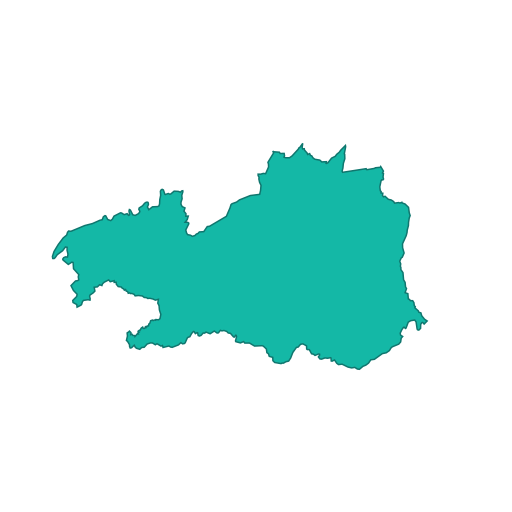 Celica, Loja, Ecuador (Equal Earth projection), rotated 27°
{"feature_id": "8360857B35359374832073", "entity_name": "Celica", "entity_type": "district", "adm_level": 2, "iso_a3": "ECU", "parent_name": "Ecuador", "parent_adm1": "Loja", "projection": "equal_earth", "projection_center": [-80.041, -4.165], "detail": "fine", "context": "isolated", "style": "filled", "palette": "teal", "viewbox_px": 512, "rotation_deg": 27, "n_neighbors": 0, "source": "geoboundaries", "source_scale": "gbopen_adm2", "svg_char_len": 6142}
<svg xmlns="http://www.w3.org/2000/svg" viewBox="0 0 512 512"><g transform="rotate(27 256 256)"><path d="M322.3,123.2L321.7,124.2L316.0,128.5L315.3,128.8L314.5,128.2L295.2,142.1L294.2,141.3L293.5,138.2L291.8,133.8L291.0,129.0L288.9,125.2L288.3,124.9L286.3,118.0L285.5,116.9L283.4,123.4L283.1,125.7L281.7,128.9L281.4,131.1L278.9,134.5L277.8,140.2L276.7,141.6L276.3,141.6L275.9,140.0L271.9,142.3L269.3,141.6L264.4,143.1L262.0,142.6L260.3,141.5L258.8,141.6L257.3,140.4L255.9,142.1L254.9,141.1L251.1,139.6L250.3,138.5L248.9,139.4L247.8,138.2L246.5,134.4L245.7,139.4L245.1,140.3L245.2,141.5L242.7,150.5L241.2,153.3L237.6,155.1L236.1,155.2L235.9,153.7L234.5,151.8L231.0,153.7L229.7,152.9L224.4,155.1L223.3,154.9L224.9,156.2L224.1,167.1L225.4,168.5L226.8,171.0L227.2,178.3L225.0,179.1L223.0,181.0L220.7,182.1L221.4,183.4L223.0,184.5L223.6,186.1L225.7,188.7L228.4,190.8L230.3,195.5L231.3,199.4L223.5,204.7L215.8,213.5L214.2,216.8L210.9,220.3L210.4,221.5L211.0,225.0L211.6,234.1L201.1,250.6L199.2,251.9L198.4,258.0L194.6,260.3L194.0,262.4L192.9,263.5L192.3,265.5L190.3,267.4L188.3,267.2L185.4,268.0L183.9,267.2L181.6,264.7L181.5,257.9L181.1,257.2L179.9,257.0L177.5,258.1L178.2,254.7L177.5,251.2L175.4,252.4L174.4,250.1L171.5,248.8L170.9,245.4L167.8,245.5L165.6,243.9L164.7,241.9L164.2,238.6L162.3,235.6L161.7,232.0L161.1,231.1L160.4,231.6L159.6,233.5L157.4,233.7L153.6,235.4L151.9,239.4L151.2,240.1L149.5,240.1L147.3,242.4L146.8,242.4L143.5,239.2L142.1,239.2L141.5,240.0L141.4,241.7L143.5,245.2L144.7,249.5L146.4,253.3L146.8,255.3L146.1,256.5L141.4,259.2L139.5,263.4L137.0,261.6L136.8,259.0L135.9,257.6L135.1,257.2L133.8,257.9L132.8,259.6L132.1,262.8L130.1,266.2L130.4,267.6L132.2,268.9L132.4,270.1L131.9,271.9L129.9,274.7L127.5,275.2L123.2,272.1L122.1,272.1L122.4,273.6L124.6,276.5L124.5,277.2L124.0,277.7L122.0,276.8L119.7,279.0L116.7,278.7L115.6,279.1L111.4,284.9L111.3,288.5L110.5,290.4L107.3,290.8L103.8,288.4L103.1,288.6L102.2,290.3L102.5,293.5L100.7,295.0L95.5,301.4L89.6,306.6L79.9,318.0L77.7,318.8L77.3,320.4L77.8,323.3L76.0,327.5L74.6,335.5L74.0,343.7L74.8,348.8L76.0,350.5L77.2,350.0L77.8,348.7L78.3,345.1L81.3,339.1L82.1,334.5L83.8,334.0L85.0,336.6L87.6,339.7L88.5,342.5L86.6,343.3L85.4,344.8L85.2,346.5L85.9,347.2L92.6,348.7L94.7,345.1L96.0,344.8L99.2,350.2L106.5,353.0L107.1,355.3L108.9,357.7L108.3,358.9L106.5,360.2L104.6,366.4L109.0,369.6L114.0,371.3L114.6,373.5L112.9,378.8L114.1,380.5L118.3,380.6L119.8,382.8L122.4,379.2L122.6,378.2L122.1,375.7L122.4,373.9L126.2,371.2L128.1,370.7L127.7,369.5L125.9,367.2L125.8,366.2L127.7,362.7L128.4,360.4L126.0,357.3L128.7,355.5L129.7,352.6L132.1,352.3L131.9,350.3L132.7,348.2L135.6,344.2L137.8,345.1L140.8,342.4L141.6,343.9L143.3,342.9L144.4,344.6L147.1,345.8L150.0,344.8L151.6,345.5L152.8,345.3L154.2,346.2L155.0,345.1L156.3,346.2L157.8,346.0L159.1,347.2L160.2,346.2L161.1,346.5L162.5,345.7L164.8,345.5L166.4,346.4L169.1,344.6L172.9,343.2L175.2,343.7L177.4,342.8L178.8,343.0L180.5,341.9L183.7,341.1L186.4,341.0L188.7,338.9L189.9,342.6L192.2,344.3L194.4,347.9L197.7,351.2L198.9,355.4L198.1,357.1L195.6,358.1L195.7,358.8L194.5,359.2L193.6,360.3L192.8,360.1L191.5,361.5L191.9,363.9L191.4,365.4L191.9,367.1L191.1,367.6L191.0,368.3L190.5,368.4L190.5,369.5L189.6,369.3L189.8,370.6L189.1,371.5L188.2,371.6L187.3,370.8L186.5,372.3L186.4,374.9L185.8,375.1L185.1,376.6L185.7,376.9L185.8,377.6L186.2,377.4L185.7,378.7L186.4,379.0L185.5,379.7L184.7,382.7L184.0,382.0L182.3,382.7L180.9,382.0L180.1,382.9L179.3,381.0L177.3,380.4L177.0,381.7L176.1,382.8L175.8,382.6L177.8,385.7L178.9,390.1L180.3,390.4L183.5,392.4L184.5,394.1L185.7,395.1L186.8,394.2L188.0,390.8L189.8,392.1L191.4,392.5L194.8,391.9L195.7,389.4L197.8,388.1L199.0,383.8L201.5,381.3L203.3,380.5L206.6,380.8L207.6,379.1L212.3,379.4L213.3,378.2L214.7,379.7L219.3,375.7L221.2,375.9L222.8,375.4L227.3,370.4L228.4,367.3L230.5,367.6L232.0,366.4L232.3,365.4L232.0,360.2L232.4,359.2L233.7,358.0L233.8,354.3L234.5,351.7L235.3,351.5L237.2,352.7L238.3,351.0L238.8,350.9L240.6,353.1L241.9,353.0L243.1,351.7L243.9,348.6L245.3,348.0L246.0,346.5L250.4,346.1L252.9,341.8L256.3,342.3L257.4,341.5L258.0,338.4L259.6,338.2L261.3,336.9L264.2,336.5L266.2,337.2L268.3,336.5L272.8,338.3L273.6,338.0L273.8,335.9L274.4,335.7L275.3,336.6L276.3,341.0L276.9,341.5L281.6,340.5L283.8,337.9L285.5,338.7L289.7,336.5L295.6,336.9L302.2,333.1L303.5,333.0L307.4,334.1L309.6,337.2L311.4,337.4L313.4,339.4L316.9,338.7L318.6,341.6L321.0,342.4L327.2,340.5L327.8,339.6L329.2,338.9L330.5,336.8L332.8,334.8L333.2,331.1L332.6,325.3L333.5,319.1L334.9,318.0L335.8,314.4L337.7,313.0L341.8,313.1L343.4,315.9L344.2,316.1L346.0,315.2L349.9,317.9L351.9,317.4L353.7,317.8L356.1,315.0L357.2,314.6L357.7,315.4L357.4,317.6L359.7,318.7L361.3,318.1L363.7,315.5L366.2,314.6L368.5,312.8L369.1,312.8L370.7,315.4L371.6,315.1L373.2,313.0L376.6,314.9L378.8,315.3L381.8,313.3L388.3,313.2L392.0,312.3L394.6,310.4L397.6,310.7L399.6,310.0L401.4,305.7L403.4,303.4L404.9,300.3L405.4,296.4L408.4,294.3L412.9,285.6L416.0,283.1L417.8,279.7L418.0,276.7L418.7,275.0L423.2,269.7L423.9,266.9L422.7,263.4L423.2,261.1L420.8,260.9L419.5,259.3L419.4,255.3L419.8,252.8L420.2,252.2L422.1,252.7L422.4,252.1L421.7,245.8L423.2,243.4L426.5,241.0L428.6,242.1L432.7,247.9L433.4,248.4L434.7,248.1L435.5,245.8L433.8,242.2L434.0,240.1L434.7,239.5L436.7,240.3L438.0,236.2L434.8,235.8L430.8,234.0L428.7,231.8L426.7,232.2L425.5,231.2L421.0,230.0L420.9,228.8L419.6,228.4L417.9,225.9L415.9,224.7L413.8,225.7L412.5,225.0L411.2,225.1L408.4,220.6L405.5,221.0L404.9,216.7L403.3,215.7L400.8,211.8L398.3,210.2L394.5,204.1L391.2,202.3L390.4,200.6L389.3,199.6L388.5,197.3L386.4,195.4L386.3,191.7L386.9,190.7L386.6,186.1L382.9,182.1L381.0,178.6L380.6,169.7L379.9,166.5L379.0,164.3L378.0,159.7L376.6,156.7L375.3,152.6L375.0,150.0L373.0,148.0L369.8,143.4L365.2,142.0L362.1,142.4L361.6,141.9L360.2,143.5L358.9,143.6L355.4,146.0L354.0,145.0L351.0,144.7L348.2,145.4L343.9,144.2L342.7,145.4L341.2,144.6L340.5,142.5L338.8,143.1L338.2,141.7L337.1,141.4L334.9,138.2L333.3,132.3L333.4,131.1L334.5,130.6L334.7,129.5L333.4,128.1L332.1,124.6L331.0,124.6L331.0,122.5L326.5,119.7L326.5,120.5L322.3,123.2Z" fill="#14b8a6" stroke="#0f766e" stroke-width="1.5"/></g></svg>